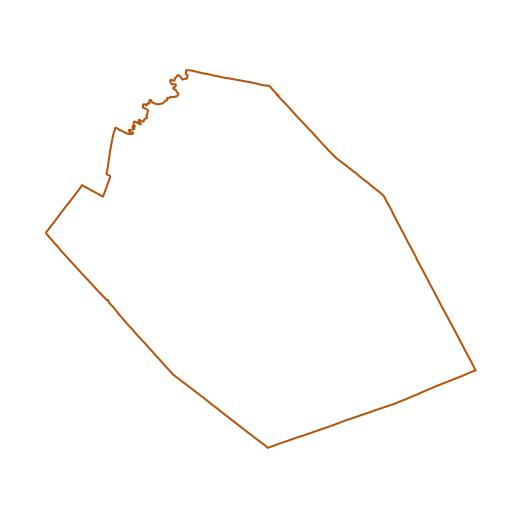 outline of Sfintesti, Teleorman, Romania, rotated 84°
{"feature_id": "2599482B66322400213375", "entity_name": "Sfintesti", "entity_type": "district", "adm_level": 2, "iso_a3": "ROU", "parent_name": "Romania", "parent_adm1": "Teleorman", "projection": "mercator", "projection_center": [25.082, 44.181], "detail": "fine", "context": "isolated", "style": "outline", "palette": "amber", "viewbox_px": 512, "rotation_deg": 84, "n_neighbors": 0, "source": "geoboundaries", "source_scale": "gbopen_adm2", "svg_char_len": 5838}
<svg xmlns="http://www.w3.org/2000/svg" viewBox="0 0 512 512"><g transform="rotate(84 256 256)"><path d="M448.0,264.4L447.6,262.6L447.4,261.6L446.9,260.0L446.8,259.3L445.8,255.6L441.7,237.8L441.4,236.9L440.0,230.6L439.6,228.3L438.5,223.7L437.8,220.4L432.3,197.0L428.7,183.3L424.2,163.2L421.5,152.2L421.3,150.8L417.0,131.9L416.8,131.6L413.9,121.4L411.0,112.0L410.8,111.0L408.0,102.6L406.7,98.1L404.2,90.3L402.7,84.6L401.1,79.0L397.5,66.0L396.7,63.1L395.1,58.1L392.6,49.7L384.9,52.5L372.8,57.5L360.5,62.3L357.1,63.7L351.3,66.0L346.4,68.0L334.9,72.7L327.6,75.8L308.8,83.2L304.9,84.8L287.2,91.8L276.0,96.5L273.6,97.1L270.2,98.4L270.0,98.6L258.3,103.4L243.1,109.3L232.1,113.8L230.1,114.5L227.3,115.6L226.9,115.7L224.6,116.5L213.3,121.2L211.2,122.0L210.2,122.4L209.5,122.9L208.1,124.0L205.2,126.7L200.6,131.6L194.3,137.6L190.9,141.4L189.7,142.6L189.1,143.1L187.5,144.8L186.0,146.2L185.7,146.4L185.3,146.9L184.0,147.8L183.4,148.8L182.7,149.6L179.0,153.3L178.6,153.9L176.8,155.5L174.0,158.5L173.3,159.3L171.7,161.0L169.2,163.7L167.7,165.3L164.9,167.7L158.4,173.0L155.9,174.7L147.5,181.1L143.8,183.7L142.1,185.0L139.2,187.0L134.4,190.9L132.8,191.9L130.0,194.1L123.2,199.3L120.7,201.3L119.6,202.0L119.4,202.1L111.4,207.9L108.1,210.4L107.3,211.1L98.5,217.9L98.2,217.3L98.0,217.5L97.9,217.8L97.7,218.1L92.7,221.7L92.0,222.2L91.5,222.7L90.9,223.1L89.0,224.2L88.1,225.1L87.9,225.5L87.8,227.0L87.5,228.3L87.0,230.7L86.4,232.4L85.9,234.1L85.0,236.2L84.6,237.5L83.5,240.7L82.1,245.0L80.8,250.0L80.2,251.7L80.0,252.5L78.8,256.7L78.3,258.3L78.0,259.4L77.5,260.6L77.3,262.0L77.1,262.6L76.6,263.6L76.4,264.5L75.8,267.5L74.4,271.9L73.9,273.2L73.0,276.0L72.7,277.4L71.6,280.7L70.7,283.0L69.7,286.1L69.6,286.9L68.6,290.1L67.5,292.9L67.1,294.8L66.8,295.5L65.6,298.3L65.4,299.2L65.0,299.9L64.9,301.0L64.7,301.4L64.4,302.6L64.2,304.0L64.0,306.0L64.9,306.1L66.2,306.6L67.2,306.7L67.8,306.6L68.2,306.4L68.4,306.0L68.7,305.5L69.0,305.2L69.3,305.1L69.8,305.1L70.3,305.5L70.6,305.7L70.9,305.9L71.7,305.9L72.1,306.0L72.3,306.3L72.5,306.8L72.5,307.3L72.3,308.2L72.4,308.8L72.9,310.2L72.8,310.8L72.6,311.0L71.2,311.7L70.3,311.9L70.0,312.1L69.7,312.3L69.1,313.3L68.3,313.7L68.1,314.0L68.0,314.3L68.0,314.7L68.0,315.1L68.2,315.4L69.5,316.4L70.1,317.0L70.7,318.0L71.0,318.1L72.3,318.4L72.6,318.5L72.8,318.8L73.0,319.1L73.0,319.5L73.0,319.9L72.6,320.7L71.9,321.6L71.8,322.0L71.9,322.3L72.1,322.6L72.7,322.9L73.1,323.0L73.9,322.9L75.2,322.6L76.4,321.8L76.6,321.6L76.6,321.3L76.6,321.0L76.4,320.7L76.5,319.9L76.9,318.2L77.0,318.0L77.3,317.9L77.9,317.8L78.3,318.0L78.7,318.3L79.1,318.6L79.2,318.9L79.7,320.3L79.9,320.6L80.3,320.9L80.7,320.9L81.2,320.6L81.5,320.2L82.0,319.0L82.2,318.7L82.8,318.3L83.8,318.0L85.3,317.2L85.6,316.9L85.9,316.5L86.1,316.4L86.4,316.2L86.8,316.2L87.2,316.4L87.9,316.8L88.4,317.4L89.2,319.1L89.2,319.4L89.0,319.9L89.0,320.1L89.4,322.4L89.3,323.1L88.9,323.6L88.9,324.0L88.9,324.6L89.3,325.5L89.7,326.0L89.7,326.4L89.6,326.8L89.5,327.1L89.4,327.3L89.5,327.5L89.9,327.8L91.1,327.9L91.5,328.0L91.9,328.5L92.0,329.0L92.0,330.0L93.4,331.2L94.1,332.4L94.5,333.3L94.6,334.9L94.8,335.5L94.9,336.2L94.7,336.9L94.7,337.3L94.8,337.8L94.9,338.2L94.8,338.6L93.9,340.3L93.4,341.6L92.3,343.1L91.8,343.5L91.3,343.8L90.4,343.9L90.1,344.4L89.8,345.0L89.8,345.3L90.0,345.6L90.3,345.8L91.5,346.0L92.9,345.9L93.1,346.0L93.2,346.3L93.0,347.9L93.1,348.1L93.2,348.3L93.5,348.5L94.6,348.9L94.8,349.1L94.7,349.5L94.5,349.9L94.1,350.4L93.6,350.8L93.3,351.2L93.3,351.5L93.4,351.9L93.8,352.4L94.3,352.6L95.5,352.8L96.3,352.8L96.7,352.5L98.0,350.4L99.2,348.8L99.4,348.5L100.3,348.3L100.9,348.4L102.0,349.0L103.9,349.5L104.9,350.2L105.3,350.3L105.7,350.2L106.9,349.8L107.2,349.9L107.7,350.4L107.9,352.0L108.1,352.5L108.3,352.7L108.9,353.2L109.9,353.4L110.2,353.6L110.5,354.0L110.4,354.7L110.2,355.1L109.6,356.0L109.2,356.7L108.5,357.3L108.5,357.8L108.7,358.4L109.0,358.5L109.5,358.5L110.3,358.3L111.2,358.0L111.5,357.8L111.9,357.0L112.1,356.8L112.5,356.7L112.8,356.9L113.0,357.1L112.9,357.5L112.7,357.9L112.3,358.2L111.5,359.6L110.8,360.3L109.8,362.2L109.7,363.0L109.8,363.3L109.9,363.5L110.2,363.6L112.9,363.9L113.6,363.5L113.8,363.1L114.5,362.9L114.7,363.1L114.8,363.4L114.1,364.4L114.0,364.8L114.0,365.1L114.2,365.3L114.6,365.4L115.1,365.1L116.2,363.8L116.7,363.6L116.9,363.6L117.1,363.8L117.2,365.4L117.3,365.9L117.4,366.5L117.6,369.3L117.9,369.5L118.4,369.5L119.2,368.8L119.8,368.1L120.0,367.5L120.2,365.6L120.6,365.4L120.9,365.4L121.4,365.7L121.6,366.0L121.6,366.5L121.7,368.3L120.8,371.2L120.1,372.6L119.3,373.9L118.6,374.8L118.1,375.4L116.8,377.8L116.7,378.4L116.5,378.7L115.7,379.2L115.2,379.7L114.6,380.7L113.9,381.5L113.8,381.9L113.8,382.3L114.0,382.6L114.3,382.9L115.0,383.1L116.4,383.3L117.5,384.1L119.1,384.6L120.4,385.4L127.5,387.5L136.6,390.2L152.7,394.3L156.3,395.3L158.4,396.0L158.7,396.0L159.0,395.9L159.4,395.5L161.0,393.0L161.3,392.8L161.9,392.7L167.9,395.5L179.1,401.0L180.9,402.0L167.4,421.7L168.1,422.1L172.4,426.0L182.1,435.2L187.6,440.7L191.5,444.3L192.5,445.3L194.7,447.2L198.3,450.6L200.7,452.7L204.0,456.1L207.3,459.0L209.9,461.7L210.4,462.1L210.8,462.3L211.4,462.3L212.4,461.8L213.3,461.1L215.6,459.7L216.5,458.9L222.4,454.9L224.0,453.6L230.6,449.2L255.3,431.0L262.2,425.7L273.4,417.4L283.5,409.6L284.2,409.0L284.1,408.3L284.2,408.0L284.4,407.8L285.4,407.5L286.2,407.4L286.8,407.1L289.5,405.3L291.6,403.5L295.2,401.2L301.9,396.9L302.5,396.3L306.1,394.0L310.6,390.8L316.7,386.2L323.8,381.3L332.2,374.9L337.2,371.3L337.7,370.8L343.4,366.9L346.4,364.6L365.1,351.0L383.3,331.7L386.9,327.9L392.8,321.6L394.7,319.7L397.0,317.5L399.7,314.7L403.5,310.6L406.3,307.9L409.0,305.0L410.4,303.7L412.7,301.1L417.1,296.7L417.9,295.8L418.3,295.2L419.2,294.3L420.1,293.5L421.6,292.0L422.0,291.5L426.0,287.3L430.1,283.1L433.2,279.7L434.6,278.2L435.7,277.2L441.2,271.3L445.3,266.9L447.1,265.2L447.6,264.6L448.0,264.4Z" fill="none" stroke="#b45309" stroke-width="2"/></g></svg>